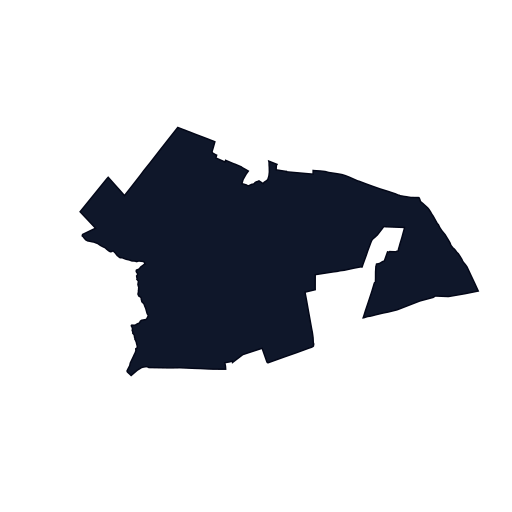 outline of Campineanca, Vrancea, Romania, rotated 57°
{"feature_id": "2599482B2575686950716", "entity_name": "Campineanca", "entity_type": "district", "adm_level": 2, "iso_a3": "ROU", "parent_name": "Romania", "parent_adm1": "Vrancea", "projection": "robinson", "projection_center": [27.139, 45.713], "detail": "fine", "context": "isolated", "style": "filled", "palette": "ink", "viewbox_px": 512, "rotation_deg": 57, "n_neighbors": 0, "source": "geoboundaries", "source_scale": "gbopen_adm2", "svg_char_len": 6126}
<svg xmlns="http://www.w3.org/2000/svg" viewBox="0 0 512 512"><g transform="rotate(57 256 256)"><path d="M291.2,406.6L303.1,388.9L303.6,388.1L308.3,380.6L317.0,368.4L320.6,363.2L324.9,357.3L327.7,353.3L334.4,343.1L332.3,341.9L331.1,341.3L328.5,340.4L329.6,337.7L330.2,336.3L330.6,335.3L330.7,334.7L330.9,334.2L331.3,333.2L332.5,333.7L332.1,328.6L331.9,325.8L331.5,320.8L333.1,314.7L336.7,301.2L337.1,301.2L350.7,304.5L351.5,304.5L352.1,304.1L356.0,287.5L359.2,274.4L361.2,265.6L362.0,262.0L362.8,259.1L362.9,257.3L362.7,256.8L362.1,256.3L361.4,255.9L361.3,255.5L360.6,255.4L359.6,255.0L358.4,254.3L355.5,252.6L353.4,251.6L350.6,250.3L347.1,248.9L338.3,245.2L331.4,242.3L321.0,237.9L313.0,234.6L316.5,224.7L314.6,223.5L303.9,216.5L311.5,199.6L313.1,196.4L314.2,193.4L316.0,189.8L319.5,180.5L322.1,174.2L323.0,173.1L322.5,172.4L322.0,171.8L320.9,170.4L315.4,163.1L312.6,159.6L307.4,152.6L306.1,150.7L305.6,149.7L305.3,148.6L304.9,145.4L304.5,143.4L304.5,143.0L304.2,142.1L303.1,139.0L302.1,136.1L300.9,132.9L302.3,131.0L312.1,117.1L312.9,115.9L314.4,117.3L316.6,119.8L320.1,123.7L324.4,128.8L326.2,130.8L327.7,132.6L328.7,133.5L329.2,134.1L328.7,135.4L328.6,136.5L327.4,138.2L325.8,140.5L325.1,141.4L325.0,141.7L325.3,142.2L325.3,142.4L324.2,143.4L330.1,151.1L329.7,152.6L329.6,153.3L329.6,155.8L329.4,156.8L329.0,157.9L328.4,159.3L329.8,160.7L329.9,161.0L334.5,164.4L337.4,166.3L340.0,168.0L343.0,170.1L343.0,171.2L343.9,172.4L344.7,173.3L347.5,176.6L348.7,178.0L350.0,179.6L356.5,187.7L361.4,193.9L364.0,197.0L365.7,199.1L366.2,199.8L366.5,199.3L367.1,196.9L367.5,195.5L367.8,194.8L368.6,193.2L369.3,191.3L370.5,187.6L372.7,181.4L373.3,179.8L374.4,177.1L375.0,175.6L377.8,167.5L378.1,166.4L382.9,143.3L383.3,142.0L387.2,130.0L387.2,127.4L394.8,116.7L401.5,101.1L406.4,88.7L398.3,87.5L389.4,86.3L380.1,85.0L377.6,85.1L375.7,85.3L374.4,85.5L372.6,85.5L371.1,85.2L368.1,85.1L364.2,85.1L362.3,85.6L359.7,85.7L357.8,86.0L356.9,86.4L353.7,86.7L352.4,86.6L351.0,86.2L348.0,86.0L344.2,85.9L341.1,85.8L338.6,86.1L335.8,86.4L332.0,86.4L329.1,86.0L327.4,86.3L318.9,85.7L316.8,85.8L314.1,85.6L311.2,85.6L309.2,85.8L305.8,86.7L304.7,87.0L303.1,87.4L300.3,88.3L299.4,88.3L297.7,87.8L296.5,87.6L295.8,87.6L295.5,87.9L291.3,94.2L289.5,96.2L288.1,97.7L286.4,99.7L285.4,100.7L283.9,102.4L282.9,102.9L282.6,103.4L279.7,105.3L277.1,107.4L273.8,110.0L267.2,115.5L261.5,119.9L255.4,124.5L249.5,128.8L248.3,129.9L240.9,134.7L237.4,137.2L234.6,139.5L232.9,141.3L230.7,143.7L225.5,149.6L222.8,152.0L219.7,155.8L216.3,160.4L215.4,161.5L218.4,163.5L217.8,164.4L202.0,184.6L201.6,184.4L201.0,185.2L194.8,192.1L194.1,191.8L191.1,189.6L190.6,188.5L183.4,193.6L184.7,194.1L186.9,195.5L188.9,196.6L192.9,199.1L195.7,201.4L196.7,202.5L198.3,204.5L198.6,206.2L198.6,209.0L199.2,210.6L194.6,212.6L194.6,213.1L194.3,214.4L194.0,215.3L193.9,216.7L194.3,218.0L194.3,219.1L193.6,220.4L193.1,224.0L192.5,224.7L191.1,225.4L188.9,227.3L187.6,228.5L186.2,226.8L184.8,225.2L181.9,219.6L180.6,216.2L177.8,217.6L175.2,219.0L173.9,219.6L173.2,219.8L167.4,223.7L166.6,224.4L159.2,229.4L160.3,230.7L160.2,230.9L158.0,232.3L151.9,236.3L150.0,234.1L148.8,234.9L148.1,235.2L146.4,236.1L145.7,236.3L144.7,236.2L143.7,235.1L141.6,232.6L137.8,228.3L132.3,232.2L127.9,235.4L125.6,237.1L121.1,240.4L105.6,251.6L109.3,262.5L114.1,276.6L120.2,294.1L121.8,299.0L123.4,303.8L125.3,308.9L129.9,322.2L131.3,326.3L133.7,333.4L126.2,334.5L123.2,335.0L109.5,337.1L110.0,339.0L123.1,379.4L145.3,375.4L143.5,389.7L144.5,390.8L145.6,390.4L146.7,390.4L149.7,390.0L150.8,389.4L151.7,388.9L152.5,388.0L154.9,385.6L156.1,384.3L157.7,383.2L159.1,382.1L159.9,381.7L160.7,381.4L162.4,380.7L164.0,379.8L164.9,379.3L166.3,378.4L167.2,377.9L168.7,377.6L169.9,377.2L171.2,376.8L172.3,376.3L173.1,375.8L173.5,375.1L173.7,374.4L173.7,373.4L174.0,373.0L174.6,372.8L176.0,372.6L176.9,372.3L177.8,372.3L179.0,372.2L180.2,372.1L180.9,371.8L181.2,371.6L181.9,371.5L182.9,371.2L183.6,370.7L184.1,369.8L184.9,368.9L186.4,367.9L188.1,366.6L190.3,364.4L191.7,363.4L192.5,362.8L193.1,362.0L193.8,361.0L194.7,359.9L195.4,359.5L195.6,359.3L195.9,358.5L196.3,357.1L196.9,356.3L197.6,355.5L198.9,353.9L199.8,353.1L202.4,353.3L202.1,354.1L202.3,356.3L202.4,358.5L202.9,360.0L203.2,360.9L203.1,362.1L202.7,363.9L202.8,364.1L203.1,364.3L203.4,364.7L204.0,364.9L204.6,365.0L205.7,364.9L206.6,365.0L207.1,365.5L207.4,366.0L207.7,367.0L208.0,367.1L208.8,367.5L209.5,367.7L209.9,367.8L210.2,368.1L210.5,368.4L210.6,368.6L211.0,368.6L211.5,368.5L212.1,368.4L212.7,368.3L213.6,368.7L214.5,369.6L215.1,370.1L215.7,370.6L217.0,371.0L218.6,371.5L218.9,371.7L219.4,372.2L219.9,372.6L220.5,372.9L220.9,373.3L221.2,373.7L221.6,373.8L222.1,374.1L222.8,374.9L223.2,375.3L223.5,375.6L223.8,375.8L224.4,375.8L224.8,375.9L225.4,376.1L225.7,376.1L226.9,375.5L227.6,375.2L228.2,375.1L228.6,375.1L229.1,375.4L229.6,375.7L230.2,375.9L231.9,376.5L232.5,376.6L233.2,376.4L234.2,376.2L234.8,376.1L235.4,376.1L236.1,376.2L236.7,376.4L237.5,376.6L239.3,376.9L240.2,377.1L242.0,377.7L244.9,378.6L245.5,378.7L246.4,378.6L246.9,378.7L247.6,379.1L248.3,380.3L248.8,381.2L249.1,381.6L249.3,382.4L249.2,383.3L248.6,384.5L248.3,385.4L247.8,386.4L247.6,387.1L247.6,387.7L247.7,388.5L248.1,389.2L248.4,389.8L248.7,390.4L248.5,391.3L248.3,392.1L248.2,393.6L248.3,394.3L248.0,395.4L247.4,396.4L246.9,397.1L246.4,397.6L246.3,398.1L246.5,398.5L247.1,398.7L247.9,398.7L248.6,398.8L249.7,399.2L250.4,399.7L250.7,400.2L251.1,400.4L251.7,400.5L252.4,400.6L252.9,400.7L253.2,401.1L253.4,401.3L253.6,401.4L253.9,401.4L254.4,401.3L255.1,401.2L255.5,401.2L256.4,401.3L256.8,401.5L257.3,401.8L257.9,402.1L258.9,402.3L259.5,402.6L259.9,402.9L260.5,402.9L261.0,402.9L262.0,403.1L262.4,403.2L262.8,403.2L264.3,403.8L265.8,404.3L266.7,404.6L267.4,405.0L268.1,405.4L268.3,405.7L268.3,406.0L268.3,406.9L268.3,407.3L268.5,407.5L268.9,407.7L269.6,408.0L270.0,408.3L270.4,408.8L270.9,409.4L271.8,410.7L272.2,411.5L273.5,413.5L277.3,419.7L279.2,421.6L281.2,425.2L282.2,426.8L283.2,427.0L284.9,426.6L286.3,426.2L288.2,425.8L287.1,417.6L287.2,415.2L287.2,412.9L287.6,411.5L288.3,409.8L289.0,408.3L289.8,407.4L291.2,406.6Z" fill="#0f172a" stroke="#020617" stroke-width="1.5"/></g></svg>